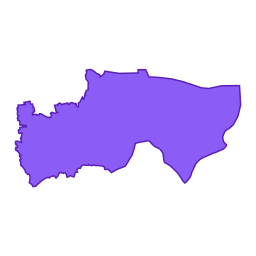 outline of As-Salamiyeh, Hamah, Syria
{"feature_id": "27442178B43082534172912", "entity_name": "As-Salamiyeh", "entity_type": "district", "adm_level": 2, "iso_a3": "SYR", "parent_name": "Syria", "parent_adm1": "Hamah", "projection": "equal_earth", "projection_center": [37.215, 35.173], "detail": "fine", "context": "isolated", "style": "filled", "palette": "violet", "viewbox_px": 256, "rotation_deg": 0, "n_neighbors": 0, "source": "geoboundaries", "source_scale": "gbopen_adm2", "svg_char_len": 5529}
<svg xmlns="http://www.w3.org/2000/svg" viewBox="0 0 256 256"><path d="M171.4,78.9L158.5,77.4L148.9,76.9L145.7,69.7L138.1,69.7L138.2,73.0L119.1,73.4L104.8,71.2L103.8,74.2L100.2,76.9L100.0,75.5L99.3,74.5L99.0,74.3L98.6,74.1L96.9,73.7L93.6,70.9L93.2,70.9L92.9,70.6L90.6,69.4L86.3,70.1L86.2,70.7L86.9,70.7L86.4,73.3L85.6,75.0L85.4,75.2L86.1,79.1L87.6,81.0L88.2,81.7L88.2,85.2L88.1,89.3L88.2,89.6L86.2,90.7L85.4,93.4L85.2,93.3L85.0,94.1L84.9,94.6L84.9,95.2L85.3,95.5L84.6,95.7L83.8,99.4L83.5,99.4L82.3,97.2L79.7,102.3L78.3,103.1L78.4,106.8L77.6,106.9L77.1,106.7L76.2,105.5L76.2,104.4L76.1,103.8L75.7,103.5L75.4,103.3L74.2,103.9L72.7,102.7L72.3,102.8L71.8,102.8L71.3,102.6L70.7,102.7L70.5,102.8L69.8,103.7L69.3,103.8L69.4,104.3L69.1,104.6L68.8,104.7L68.2,104.3L68.2,104.1L67.7,103.6L67.6,103.3L67.6,103.0L66.6,103.2L66.4,103.3L66.3,103.2L65.8,103.5L64.6,103.7L64.3,103.7L64.4,104.0L64.0,104.0L63.9,104.1L62.5,104.2L61.9,104.7L60.8,103.6L59.6,103.0L57.8,104.2L57.9,104.5L57.8,104.8L57.6,105.0L57.4,105.2L56.9,105.0L54.5,105.3L54.6,105.7L55.3,108.2L55.4,108.5L55.8,109.9L55.9,110.7L56.0,111.2L56.7,112.0L57.5,112.4L55.7,113.1L54.2,113.3L53.9,113.0L53.3,112.6L53.0,112.5L52.0,112.3L51.7,112.5L51.5,112.9L50.7,113.0L50.4,113.4L50.5,113.8L50.9,114.0L51.1,114.2L51.3,114.5L51.3,114.9L51.1,116.2L50.9,117.0L50.6,117.6L50.4,117.7L49.7,117.4L48.8,117.3L48.2,117.3L47.8,117.4L45.4,116.2L44.8,116.1L44.5,115.9L44.0,115.6L42.3,114.5L41.8,114.1L41.2,113.9L40.7,113.8L40.5,113.7L39.7,113.7L39.2,113.9L39.3,114.7L38.9,114.7L36.4,115.1L36.3,114.6L36.2,114.4L35.9,114.3L32.7,114.8L32.8,114.6L32.5,113.1L33.1,112.9L33.1,112.7L33.2,112.4L33.2,112.2L33.3,112.2L33.6,112.0L34.1,111.9L34.0,110.8L34.6,110.8L34.4,110.3L33.8,107.2L33.1,107.4L32.5,104.0L31.2,104.2L30.7,104.1L30.4,103.6L30.1,101.5L29.7,101.2L27.4,101.8L23.9,102.4L24.0,103.1L25.1,103.1L25.1,104.0L25.2,104.4L25.3,104.7L22.4,104.8L18.4,105.2L18.2,105.1L18.2,105.3L18.1,106.2L17.9,106.8L18.0,107.2L18.2,108.1L17.6,108.2L17.3,108.0L17.2,108.4L17.2,108.7L17.1,109.0L17.3,110.8L18.0,111.5L17.5,112.7L17.4,113.1L17.4,113.4L17.4,114.1L17.8,116.0L18.6,116.0L18.6,116.3L18.5,116.6L18.0,117.7L17.7,117.7L17.4,118.0L17.3,118.4L17.5,118.7L17.9,120.1L18.0,120.3L18.0,120.6L19.3,120.5L19.8,120.9L19.8,122.2L19.9,123.0L19.8,124.3L19.9,125.0L20.2,125.2L21.7,125.0L22.4,124.9L22.6,124.9L22.7,125.7L23.3,125.5L23.5,125.4L24.8,125.4L25.2,125.5L25.6,125.4L26.1,125.4L26.1,126.0L26.2,126.4L26.2,126.8L22.1,127.1L21.5,127.1L21.2,127.1L19.8,127.6L19.8,127.9L20.0,128.6L20.0,128.9L19.2,129.6L18.9,129.6L18.4,130.3L18.5,131.4L18.8,132.5L18.7,132.8L18.8,133.1L19.1,133.4L19.6,133.5L20.2,133.3L20.6,133.0L21.3,133.0L22.1,133.2L21.9,133.5L21.9,133.9L21.7,134.5L21.7,135.6L21.6,135.8L21.4,136.1L21.3,136.9L21.4,137.4L21.2,137.9L20.7,137.9L20.5,138.1L20.5,138.3L20.6,138.5L20.7,138.8L20.8,138.7L20.9,138.9L20.9,139.6L21.1,140.1L21.4,141.8L21.4,142.5L21.1,142.4L19.8,141.8L17.9,141.1L17.7,141.2L15.7,141.4L15.5,141.8L15.6,142.5L15.4,142.5L15.8,144.6L16.6,144.4L17.0,145.6L17.3,145.9L17.5,146.0L17.7,147.0L17.5,147.3L17.3,147.4L16.3,147.3L16.2,147.5L15.9,147.5L15.9,148.2L15.8,148.6L15.5,148.7L15.4,148.9L15.6,149.0L15.6,149.3L15.8,149.4L15.9,149.6L16.0,149.7L16.0,150.1L16.0,150.4L16.3,150.7L16.9,150.8L17.3,150.7L17.4,150.9L17.5,150.9L17.7,151.3L18.5,152.3L18.9,152.7L19.7,154.2L19.9,154.4L20.0,154.8L20.4,155.1L19.5,155.3L19.6,155.7L19.8,156.2L20.1,156.2L20.1,156.3L20.0,156.5L20.1,156.9L20.6,157.0L20.3,157.6L20.5,158.3L20.6,158.8L20.7,159.0L20.7,159.5L20.3,159.7L19.9,159.8L20.0,160.1L19.9,160.4L19.9,160.8L20.3,161.4L20.6,161.5L20.7,162.2L20.8,162.5L20.8,163.0L20.7,163.4L20.7,164.4L20.6,164.9L20.7,165.1L21.2,165.3L21.4,166.0L22.0,166.4L22.2,166.5L22.6,166.9L22.8,167.2L23.0,167.4L25.0,170.1L25.5,171.9L27.5,174.3L28.3,174.3L29.4,174.4L29.4,174.8L30.2,177.4L29.3,182.8L31.6,184.3L32.7,185.9L32.9,186.6L35.7,186.2L37.8,184.2L41.9,180.6L45.2,178.4L46.5,177.8L48.1,177.5L49.5,177.9L49.9,177.1L52.2,176.2L52.6,176.1L53.6,176.1L54.8,176.1L55.4,177.7L56.1,178.0L58.2,175.6L58.7,173.8L58.9,173.4L59.4,173.4L59.6,173.3L59.8,172.9L60.2,172.5L60.9,172.4L63.2,173.4L64.4,172.8L64.8,172.9L65.3,173.1L65.6,173.6L66.1,174.0L66.4,174.6L67.0,177.0L67.2,177.3L70.2,175.8L71.8,176.1L72.2,176.5L74.0,176.9L74.5,175.5L74.7,174.5L75.1,172.7L77.6,172.0L77.1,171.2L76.9,170.3L76.8,169.8L77.0,169.3L77.2,169.2L77.9,168.5L78.6,168.4L80.4,168.3L80.4,168.0L80.5,167.8L81.7,165.8L82.3,165.4L83.9,165.0L84.5,164.9L84.8,165.1L88.5,165.4L88.7,164.7L88.8,164.5L89.2,164.8L89.6,164.9L91.3,165.5L91.5,165.7L92.0,165.6L93.1,165.1L93.7,165.1L95.3,165.5L95.6,165.6L96.6,165.5L100.3,165.7L100.8,165.8L101.0,165.8L101.4,165.9L103.6,166.5L104.0,166.8L104.4,167.2L104.6,167.6L104.4,168.0L104.9,169.5L105.8,169.5L107.7,169.3L108.2,169.5L111.4,172.6L117.2,169.3L125.3,166.2L132.1,155.0L134.0,149.2L135.4,143.3L141.0,141.9L141.7,141.8L143.2,141.8L143.8,141.6L146.2,141.0L148.9,140.9L149.8,141.5L151.0,143.1L153.5,145.4L155.7,147.1L157.7,147.8L160.3,149.4L162.5,152.6L162.9,153.3L163.5,156.9L163.7,159.9L164.8,162.8L165.5,162.9L170.1,165.7L173.2,168.5L176.3,171.6L178.4,174.0L183.3,181.5L184.8,183.0L186.3,181.9L189.5,178.1L190.9,175.4L191.8,172.3L195.8,163.7L199.6,159.6L202.1,158.1L212.4,153.5L215.2,152.6L222.0,149.6L223.6,148.9L224.1,148.4L224.5,147.9L225.3,147.1L226.4,145.6L226.5,144.6L225.2,143.7L223.5,141.5L222.6,137.2L223.7,134.1L224.9,131.3L226.8,129.9L229.3,128.3L230.6,127.3L233.3,124.7L237.3,117.5L238.4,114.4L240.6,105.0L239.5,85.6L221.5,85.8L208.6,88.5L201.4,87.8L183.2,81.7L171.4,78.9Z" fill="#8b5cf6" stroke="#5b21b6" stroke-width="1.5"/></svg>